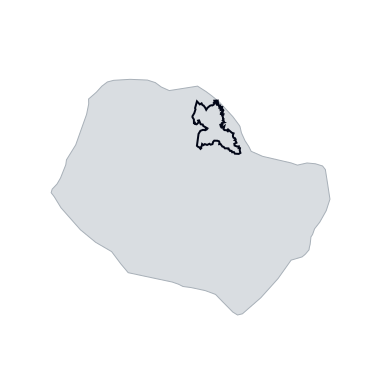 location of Ntsupe, Qacha's Nek, Lesotho, rotated 251°
{"feature_id": "5366337B15703644997437", "entity_name": "Ntsupe", "entity_type": "district", "adm_level": 2, "iso_a3": "LSO", "parent_name": "Lesotho", "parent_adm1": "Qacha's Nek", "projection": "orthographic", "projection_center": [28.725, -29.92], "detail": "medium", "context": "in_parent", "style": "outline", "palette": "ink", "viewbox_px": 384, "rotation_deg": 251, "n_neighbors": 0, "source": "geoboundaries", "source_scale": "gbopen_adm2", "svg_char_len": 2925}
<svg xmlns="http://www.w3.org/2000/svg" viewBox="0 0 384 384"><g transform="rotate(251 192 192)"><path d="M249.8,255.2L239.7,258.4L238.3,258.7L231.9,258.0L223.3,258.8L216.5,260.5L211.2,261.2L202.7,270.4L187.2,295.2L183.1,300.4L182.0,310.2L178.5,317.9L174.1,323.9L169.8,325.4L156.8,323.1L140.3,320.1L130.6,312.8L121.9,303.0L117.3,295.9L112.5,292.1L110.9,289.9L104.1,286.7L101.5,285.0L99.2,283.8L96.4,279.1L94.8,275.0L95.3,263.5L90.4,256.7L82.1,245.1L76.8,235.6L69.6,222.6L65.1,211.5L60.4,200.0L60.9,195.0L65.2,191.5L77.7,185.5L87.5,180.9L94.4,172.5L101.9,160.1L105.6,152.7L109.2,149.2L113.3,144.0L120.3,132.3L128.1,119.3L136.5,105.4L147.2,101.3L161.8,96.6L175.8,84.5L192.6,74.2L219.7,63.0L232.4,60.2L237.2,58.6L240.2,60.7L243.5,67.0L248.1,72.3L258.8,81.5L263.3,83.8L274.4,97.4L286.2,106.8L299.7,117.6L308.9,123.0L313.6,124.5L317.5,134.1L321.4,141.2L323.6,147.8L323.1,154.3L318.7,170.1L312.4,186.2L307.4,192.9L301.3,197.1L295.3,203.5L293.0,216.4L290.3,231.7L282.5,237.9L276.5,242.0L268.2,247.1L249.8,255.2Z" fill="#d9dde1" stroke="#a8b0b8" stroke-width="1"/><path d="M233.9,250.4L235.0,249.0L239.5,246.4L239.2,245.7L238.1,246.4L237.7,245.7L239.1,244.9L240.0,242.8L241.2,242.3L243.6,243.9L242.9,241.9L243.3,240.9L244.4,240.6L246.4,240.7L246.5,241.8L245.0,241.9L246.1,242.9L247.4,242.9L247.3,245.0L247.6,244.7L248.5,245.2L249.6,244.3L250.7,245.6L251.3,245.2L252.7,245.6L254.6,245.4L254.7,246.7L255.3,247.1L256.3,244.8L257.1,245.4L256.5,246.3L257.3,246.9L257.7,245.9L259.1,248.2L259.9,248.0L260.1,246.7L260.4,247.2L260.9,246.5L261.2,247.4L262.5,248.2L263.1,247.0L261.8,247.2L262.6,245.4L263.6,246.1L263.7,246.8L264.4,246.7L263.8,245.5L266.7,245.6L266.1,245.1L266.2,244.1L266.6,244.0L267.0,244.8L268.0,243.1L267.7,245.5L269.4,245.9L268.8,244.6L269.3,243.2L269.6,244.4L270.5,244.9L271.0,243.0L270.4,243.1L269.7,242.3L269.3,242.7L267.5,240.9L267.2,239.5L267.7,238.6L267.7,237.1L266.6,234.2L265.1,232.2L267.5,231.9L270.0,231.1L270.7,230.2L272.7,229.9L272.3,227.9L276.1,226.2L270.3,222.2L269.0,222.2L265.9,219.9L263.5,217.1L262.5,216.8L260.0,217.4L256.6,216.3L256.5,217.3L255.3,217.0L254.5,218.4L255.8,221.2L257.5,221.0L257.4,222.0L253.2,222.3L252.3,224.1L250.7,224.2L247.5,227.0L247.4,225.6L246.8,225.3L246.3,225.8L246.1,224.7L247.2,222.6L247.1,219.8L244.8,217.1L234.1,211.7L232.9,212.3L232.2,213.2L230.0,214.1L230.5,215.1L231.6,215.1L232.2,216.1L234.1,217.2L232.6,218.2L233.1,219.7L231.6,221.6L231.9,224.2L230.7,225.0L230.6,226.9L232.6,228.4L233.3,229.7L232.2,232.7L231.0,234.1L229.8,234.1L228.4,233.3L228.1,234.6L225.1,235.5L224.4,236.6L222.6,237.3L221.4,240.6L220.4,240.4L220.0,241.1L218.4,241.4L218.0,242.8L216.5,242.9L216.1,244.6L214.3,245.0L212.8,248.6L213.2,250.5L216.2,250.7L217.8,251.7L218.4,251.4L218.5,250.4L219.9,251.1L220.4,249.3L222.1,247.4L223.8,247.7L224.1,250.1L226.6,249.9L227.1,249.3L227.6,250.4L228.8,250.2L229.7,249.0L231.0,248.8L232.5,249.2L233.9,250.4Z" fill="none" stroke="#020617" stroke-width="2"/></g></svg>